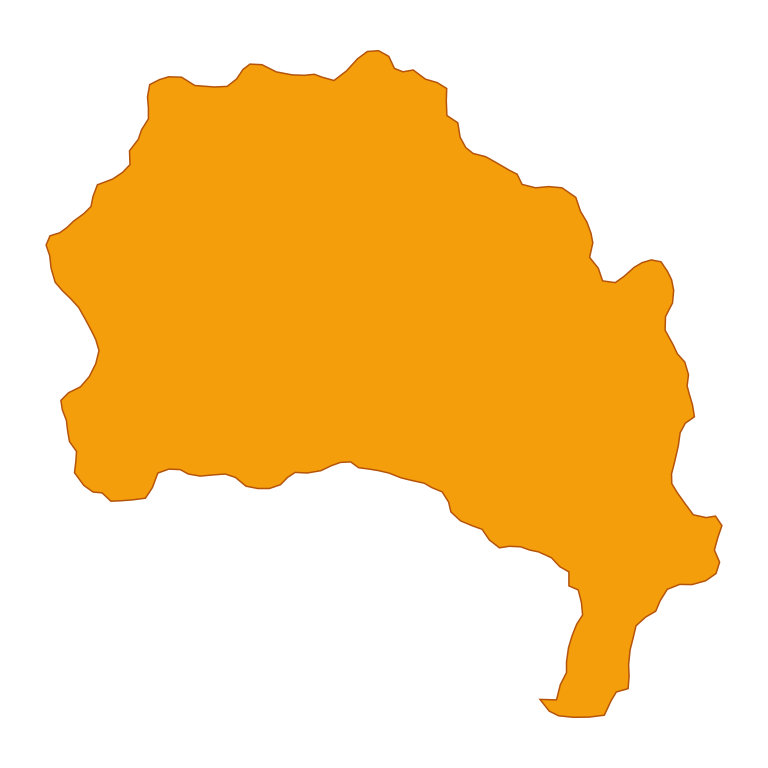 the district of Santo Antônio do Itambé, Minas Gerais, Brazil
{"feature_id": "56859067B65997066860762", "entity_name": "Santo Antônio do Itambé", "entity_type": "district", "adm_level": 2, "iso_a3": "BRA", "parent_name": "Brazil", "parent_adm1": "Minas Gerais", "projection": "albers", "projection_center": [-43.26, -18.494], "detail": "fine", "context": "isolated", "style": "filled", "palette": "amber", "viewbox_px": 768, "rotation_deg": 0, "n_neighbors": 0, "source": "geoboundaries", "source_scale": "gbopen_adm2", "svg_char_len": 2578}
<svg xmlns="http://www.w3.org/2000/svg" viewBox="0 0 768 768"><path d="M673.3,345.1L665.1,330.2L665.5,316.6L672.5,303.0L673.7,290.3L671.6,279.8L667.5,271.4L661.0,261.8L651.3,259.9L642.0,262.7L634.2,267.3L624.1,276.3L615.3,282.6L602.6,280.9L598.3,268.2L589.6,257.4L592.8,242.9L591.0,233.3L586.9,222.1L580.5,211.4L575.8,197.4L562.0,187.8L548.8,186.6L535.5,187.8L522.1,184.4L517.1,174.2L509.2,170.2L499.5,164.5L485.9,156.8L473.0,153.4L465.7,147.5L460.1,137.2L457.8,122.8L446.9,115.5L446.3,100.9L446.7,88.5L437.2,82.6L425.5,79.2L413.2,70.0L403.0,71.8L394.4,68.4L388.8,56.4L378.6,50.7L367.3,51.5L357.5,58.8L346.5,70.9L334.0,80.5L322.5,77.3L314.3,74.3L304.3,75.3L292.3,74.9L276.3,71.9L262.0,64.7L250.0,64.1L243.0,69.4L236.6,79.0L227.1,86.4L214.5,87.0L194.8,85.5L181.6,77.2L168.7,76.8L159.5,79.6L149.7,84.6L147.5,97.0L148.4,107.8L148.4,118.9L141.6,129.7L138.3,139.3L129.5,150.8L130.0,164.6L122.7,172.3L112.7,179.0L97.4,184.8L93.0,196.5L91.0,206.5L84.0,213.5L73.6,221.1L67.0,227.5L59.7,232.8L50.0,235.8L46.1,245.1L49.7,255.6L51.1,268.3L55.2,282.3L62.6,290.9L70.3,298.3L78.7,307.5L85.5,319.6L91.4,330.7L95.7,339.4L99.0,350.6L95.8,363.6L89.3,376.6L80.5,386.8L68.6,392.7L60.9,400.4L62.3,409.7L66.4,420.4L67.7,431.4L69.5,441.6L76.5,451.4L75.9,461.0L74.5,472.7L83.8,485.4L93.0,492.0L102.1,492.9L110.9,501.2L120.2,500.8L132.2,499.9L145.4,498.2L152.4,487.6L157.8,473.1L168.8,469.1L180.3,469.6L188.2,474.0L200.2,476.1L213.4,474.9L225.2,474.0L235.4,477.4L246.0,486.2L257.8,488.5L269.4,488.5L280.5,484.7L287.7,477.3L295.2,472.4L307.2,473.0L320.8,470.7L331.6,465.6L340.5,462.4L350.7,461.9L358.6,467.7L368.6,469.0L377.9,470.5L388.8,473.0L401.2,477.9L412.8,480.7L424.3,483.2L431.6,487.5L442.2,491.9L448.6,502.1L450.9,511.9L460.6,520.9L473.3,526.2L482.1,529.3L489.4,540.0L499.4,547.8L509.3,546.3L520.7,546.8L529.5,550.0L538.6,551.9L551.5,557.8L559.8,566.7L568.9,571.9L568.9,585.9L578.2,589.9L581.4,602.3L582.6,615.0L576.7,624.2L572.1,635.7L568.5,647.8L566.5,662.0L566.5,672.6L560.3,684.8L556.5,699.9L540.0,699.4L549.2,711.1L558.6,715.8L573.5,717.3L589.1,717.1L604.3,715.2L611.1,700.7L616.3,692.0L628.1,688.6L629.1,676.5L628.6,664.5L630.1,649.9L633.6,636.0L636.0,625.8L645.6,617.1L655.7,611.2L660.3,600.5L667.3,589.3L679.7,584.4L692.0,584.6L705.8,580.7L716.0,573.5L719.6,562.2L714.4,550.1L717.8,537.6L721.9,525.6L715.5,516.1L706.2,517.6L693.3,514.8L685.1,503.7L677.4,492.9L671.8,483.6L671.5,474.0L674.5,462.5L678.3,445.9L680.1,432.9L685.3,423.2L694.4,416.8L692.5,404.9L689.4,394.5L687.1,385.9L688.5,374.7L684.8,362.1L677.4,353.9L673.3,345.1Z" fill="#f59e0b" stroke="#b45309" stroke-width="1.5"/></svg>